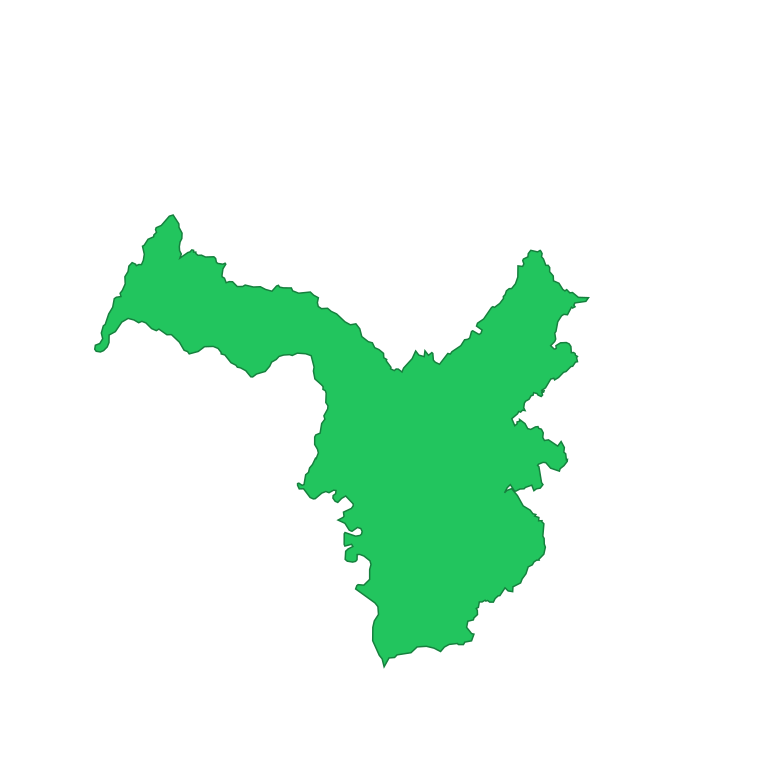 Kyaukse, Mandalay, Myanmar (Mercator projection), rotated 235°
{"feature_id": "60261553B75007894173024", "entity_name": "Kyaukse", "entity_type": "district", "adm_level": 2, "iso_a3": "MMR", "parent_name": "Myanmar", "parent_adm1": "Mandalay", "projection": "mercator", "projection_center": [96.313, 21.579], "detail": "fine", "context": "isolated", "style": "filled", "palette": "green", "viewbox_px": 768, "rotation_deg": 235, "n_neighbors": 0, "source": "geoboundaries", "source_scale": "gbopen_adm2", "svg_char_len": 6171}
<svg xmlns="http://www.w3.org/2000/svg" viewBox="0 0 768 768"><g transform="rotate(235 384 384)"><path d="M337.4,601.0L343.5,592.9L350.8,590.9L352.1,588.5L356.5,587.8L356.5,585.6L358.8,584.7L366.2,585.1L371.3,582.0L375.4,584.6L381.0,584.1L384.3,586.5L387.1,586.5L388.4,584.6L394.9,586.3L397.9,586.0L400.1,588.3L402.7,588.7L403.9,588.5L404.1,585.6L409.3,580.9L408.1,577.0L405.6,574.8L406.4,569.9L405.5,568.4L402.2,567.5L400.8,565.0L403.9,561.5L394.9,555.0L390.7,549.2L389.0,543.3L390.3,541.2L390.1,537.7L387.7,534.5L387.2,531.9L385.5,530.9L383.6,525.0L383.4,518.5L384.9,517.5L385.0,516.0L380.1,502.9L380.2,495.5L378.4,493.0L372.0,495.3L370.0,492.6L370.0,490.3L376.7,487.2L376.8,485.8L372.5,480.6L372.6,478.2L374.0,475.4L371.3,468.9L371.5,458.2L370.5,455.5L372.4,453.8L368.3,440.8L372.4,438.5L375.2,438.1L381.0,441.5L382.3,441.2L382.0,436.9L387.7,436.6L383.4,432.6L387.7,429.1L392.9,428.9L388.6,421.6L385.8,409.2L383.5,405.6L388.1,404.2L389.3,402.5L389.1,400.1L392.7,398.1L393.7,399.3L401.7,399.1L402.5,400.3L405.6,398.9L409.4,401.2L415.1,399.6L419.1,397.2L424.4,398.1L427.7,395.4L435.6,393.0L443.1,395.8L449.4,395.5L451.8,390.4L457.3,387.7L468.5,385.4L473.8,382.4L478.4,381.2L481.6,376.0L485.2,374.6L488.9,376.1L492.3,379.7L497.1,377.3L501.6,376.4L507.3,366.2L512.7,362.6L515.8,363.2L520.4,356.8L523.2,354.1L525.4,354.1L525.9,352.2L524.3,345.4L529.4,341.2L534.6,338.5L538.3,332.7L544.7,327.0L544.9,324.2L548.0,319.7L554.6,318.6L556.6,316.0L557.5,312.8L562.2,314.0L564.6,312.9L565.8,313.5L570.7,318.1L572.9,323.1L574.1,323.1L574.5,320.8L578.2,316.9L580.0,316.6L583.4,318.1L585.8,317.6L590.4,310.6L594.2,308.4L596.2,305.3L599.0,304.7L599.9,305.5L601.3,303.7L602.7,304.7L604.1,303.5L603.5,300.7L604.2,298.8L604.2,289.0L606.7,292.5L610.4,293.0L613.9,295.1L617.3,298.4L619.1,301.8L623.4,305.1L629.9,305.9L632.8,307.8L643.4,308.2L644.6,304.4L641.6,292.5L642.7,287.0L641.5,285.4L638.7,284.6L638.1,281.0L636.7,279.8L637.9,273.7L635.2,267.1L635.4,265.2L627.8,262.1L623.3,257.7L620.9,253.8L622.5,251.7L623.0,249.0L624.7,249.2L627.9,247.3L626.9,242.6L622.9,238.8L620.5,233.3L614.4,229.4L610.7,223.2L609.7,219.9L606.5,218.7L608.6,214.5L608.6,212.0L602.5,205.8L599.3,198.7L592.7,189.8L592.6,187.4L587.9,181.7L582.4,179.5L580.2,174.4L581.3,169.8L578.4,167.0L575.9,167.0L572.9,170.1L572.2,173.5L573.1,178.5L575.7,182.5L581.8,186.9L581.0,194.0L585.1,204.7L584.5,212.0L579.9,215.9L574.9,218.2L574.2,221.6L570.6,224.0L562.7,225.4L558.3,228.1L558.1,231.1L548.9,234.4L546.4,238.2L535.6,240.4L526.3,239.6L523.2,241.7L520.4,241.7L517.2,250.5L517.5,258.4L512.7,265.7L508.3,268.5L503.4,268.7L502.0,267.9L499.1,270.3L489.2,270.9L484.3,273.5L481.9,273.5L479.6,275.7L474.2,278.4L466.3,279.0L465.1,280.5L465.3,285.3L462.4,293.9L464.1,300.5L466.4,304.5L465.9,309.8L466.8,313.8L465.3,318.4L462.2,323.5L460.0,325.2L459.0,330.7L453.7,337.2L449.0,340.6L437.9,336.4L435.1,333.6L427.8,330.3L419.3,332.3L416.8,332.6L414.6,330.9L412.3,332.1L409.7,331.4L402.2,325.7L398.3,325.6L395.9,323.6L392.4,316.5L389.1,315.4L387.4,310.3L380.4,303.5L381.4,298.9L380.3,296.8L374.2,292.5L368.8,292.1L365.2,290.7L361.8,285.6L362.5,285.3L359.1,279.3L357.9,274.9L354.9,271.4L354.6,267.8L347.5,260.8L348.0,258.8L351.6,257.4L352.0,256.1L350.6,255.1L346.7,254.4L344.3,258.0L333.4,258.4L330.4,260.2L329.5,261.9L330.3,270.5L329.3,274.7L326.5,276.6L325.9,281.8L324.3,283.6L321.9,281.5L321.8,278.4L319.8,276.7L316.0,276.7L313.5,278.2L314.6,283.7L314.2,288.4L303.5,290.0L301.8,288.8L300.8,285.9L302.3,277.3L298.6,275.4L298.2,274.2L298.9,268.3L292.3,272.1L284.3,271.7L282.3,272.8L281.7,273.4L281.7,280.0L278.9,282.1L275.7,281.5L273.9,279.4L273.7,277.5L275.6,273.5L284.7,266.9L284.1,265.5L275.5,259.4L273.7,259.0L271.3,265.5L268.7,265.3L269.5,260.0L269.0,256.7L262.6,251.6L259.9,252.3L256.1,256.2L255.0,259.0L255.5,261.1L259.7,264.2L258.2,266.5L254.6,268.9L247.2,271.1L243.6,269.8L240.2,265.8L232.2,260.2L230.8,252.1L234.5,247.7L234.4,246.1L232.4,243.2L210.0,251.0L205.1,251.3L198.4,247.3L195.5,240.2L191.1,235.3L180.2,227.5L164.4,224.5L159.9,224.8L152.3,221.9L156.7,231.0L153.9,235.8L154.6,239.4L148.4,252.0L149.6,260.4L144.8,268.3L139.0,273.4L132.4,276.9L133.9,282.6L133.3,288.0L129.4,295.2L127.9,295.5L125.0,299.6L126.2,302.2L123.4,308.4L127.5,314.2L129.3,312.6L137.3,312.1L141.6,316.6L139.5,321.9L140.8,323.5L141.5,328.3L145.0,330.6L147.2,330.8L146.9,333.2L150.8,337.1L149.2,339.4L148.9,342.8L147.8,342.9L147.2,344.7L144.7,345.5L142.6,348.5L144.5,352.0L145.0,355.9L144.2,357.6L147.6,366.2L143.3,367.0L140.1,370.3L143.9,373.3L142.7,381.8L145.1,385.4L147.1,391.4L151.5,397.2L150.8,401.8L152.2,404.7L152.2,407.9L150.8,410.1L151.6,410.3L152.9,417.3L157.8,422.6L161.0,423.5L165.7,426.6L168.2,426.8L177.8,434.8L180.8,434.3L181.4,435.0L183.3,432.2L185.8,434.3L189.3,431.7L190.0,433.5L192.3,431.5L196.8,431.4L204.3,428.1L216.2,429.3L225.1,428.5L226.3,423.5L225.7,420.3L228.4,425.5L229.1,429.8L221.6,429.5L220.6,430.6L220.0,435.1L217.8,438.7L218.2,440.5L216.4,447.0L210.6,445.6L210.7,448.8L209.1,452.3L210.4,456.5L212.9,456.5L227.5,463.5L229.2,463.1L229.7,464.5L228.6,469.3L226.8,471.4L219.5,472.2L212.0,477.7L213.6,479.7L213.9,484.6L215.5,489.7L217.0,491.0L217.3,489.9L222.6,492.8L225.0,492.2L228.5,495.3L235.3,496.1L233.5,490.7L243.9,486.7L245.7,483.0L249.2,483.4L252.6,486.4L256.7,487.0L258.9,485.3L260.8,485.7L262.0,483.4L262.6,478.2L265.0,476.1L270.7,476.8L277.2,474.7L275.7,473.8L276.6,471.2L275.1,470.3L274.8,467.2L282.3,468.8L283.0,476.3L284.2,478.6L282.6,479.8L283.1,482.5L281.3,484.3L284.4,484.8L287.8,488.0L288.7,490.2L288.3,494.0L290.0,497.8L289.3,499.7L291.1,501.6L288.4,503.9L286.7,503.8L283.6,505.6L284.0,507.6L286.8,508.5L285.8,510.1L286.6,511.2L287.2,509.8L288.4,509.6L288.2,514.1L292.4,523.4L291.3,526.4L289.5,526.1L289.2,530.7L290.6,537.8L289.8,540.3L291.1,547.1L290.3,548.7L292.1,553.4L291.3,555.3L295.1,556.8L295.6,558.3L297.6,557.3L299.4,558.0L301.1,557.3L302.2,555.4L307.5,558.6L310.6,558.7L313.4,557.1L316.5,552.2L316.8,546.8L314.4,545.6L314.5,544.2L315.2,543.4L319.8,542.5L320.9,548.2L322.3,550.4L327.8,553.1L328.5,555.1L335.3,562.0L338.0,568.5L337.9,571.3L335.5,574.0L339.4,581.6L338.1,582.0L337.7,584.8L339.7,584.7L340.9,586.9L335.9,596.8L337.4,601.0Z" fill="#22c55e" stroke="#15803d" stroke-width="1.5"/></g></svg>